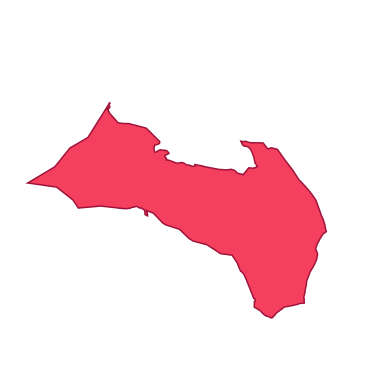 the district of "Nore og Uvdal" nor, Buskerud, Norway, rotated 27°
{"feature_id": "86288312B66114336296766", "entity_name": "\"Nore og Uvdal\" nor", "entity_type": "district", "adm_level": 2, "iso_a3": "NOR", "parent_name": "Norway", "parent_adm1": "Buskerud", "projection": "albers", "projection_center": [8.39, 60.292], "detail": "fine", "context": "isolated", "style": "filled", "palette": "rose", "viewbox_px": 384, "rotation_deg": 27, "n_neighbors": 0, "source": "geoboundaries", "source_scale": "gbopen_adm2", "svg_char_len": 5359}
<svg xmlns="http://www.w3.org/2000/svg" viewBox="0 0 384 384"><g transform="rotate(27 192 192)"><path d="M321.6,157.1L317.0,153.4L316.6,152.9L312.3,148.8L306.2,143.1L299.8,139.6L293.1,136.6L291.3,135.9L281.5,132.4L271.8,126.8L260.1,121.2L248.7,115.2L242.8,116.5L239.8,119.2L233.2,116.0L230.1,117.4L229.9,117.5L223.1,120.9L220.9,121.8L218.8,122.2L216.5,122.5L215.3,123.7L212.4,124.5L213.5,125.4L214.6,126.3L216.5,127.4L216.8,127.3L217.7,127.4L218.1,127.3L218.7,127.1L219.6,126.7L220.0,126.5L220.9,126.5L222.3,126.6L223.5,126.9L224.8,127.5L226.3,128.5L227.5,129.4L230.3,131.9L232.2,134.1L234.2,136.6L234.6,137.1L234.8,137.3L235.1,137.5L238.6,139.6L236.9,142.2L236.6,142.3L236.2,142.4L236.0,142.5L235.6,143.2L235.2,143.5L234.3,143.6L233.6,143.8L232.2,144.5L231.7,144.6L231.2,146.3L230.8,148.7L229.8,152.5L230.1,153.1L229.7,153.2L228.2,153.6L227.7,153.7L227.0,153.9L224.0,154.6L220.3,153.4L216.8,153.9L213.1,156.4L211.1,157.4L209.2,158.1L206.5,159.4L191.8,163.7L189.5,164.1L187.9,164.5L182.1,166.3L182.9,167.8L180.9,168.8L179.2,169.2L178.4,169.1L174.6,170.3L171.4,169.9L168.6,170.8L167.4,172.1L164.9,173.3L157.3,174.1L157.1,174.2L156.9,174.2L156.4,174.5L155.9,174.7L155.7,174.6L155.6,174.8L155.2,175.0L155.2,174.9L154.8,175.0L154.6,174.7L154.3,174.6L154.2,174.5L154.1,174.1L154.1,173.9L153.4,173.3L153.2,173.2L152.8,173.1L152.7,173.2L152.6,173.3L151.9,173.0L151.7,172.8L151.1,172.1L151.1,171.9L151.2,171.7L152.8,169.9L152.9,169.6L153.0,169.4L153.6,168.6L153.9,168.1L153.9,167.9L153.6,167.7L153.2,167.6L152.1,167.1L150.8,166.7L150.5,166.7L150.3,166.7L149.7,166.8L149.3,167.3L149.0,167.3L148.4,167.3L148.0,167.4L147.7,167.5L147.3,167.9L147.0,168.0L146.9,168.1L146.7,168.2L146.3,168.4L145.5,168.5L145.2,168.6L144.9,168.6L144.6,168.9L144.4,169.0L144.0,169.3L143.7,170.0L143.3,170.5L143.1,170.7L142.5,171.4L142.4,171.5L142.2,171.9L142.2,172.1L142.2,172.3L142.1,172.5L141.9,172.7L141.8,172.9L141.7,173.0L141.1,173.3L140.8,173.3L139.9,172.5L138.9,171.4L138.2,170.4L138.3,169.7L137.5,167.9L137.6,167.0L139.3,165.7L141.0,163.5L140.3,161.7L122.3,155.9L104.7,159.7L99.3,162.3L94.7,163.9L82.5,159.1L82.2,158.8L82.1,158.6L81.9,158.4L81.6,158.2L81.2,157.9L80.9,157.8L80.7,157.8L80.6,157.5L80.4,157.5L80.2,157.4L80.2,157.0L80.1,156.8L80.1,156.7L79.8,156.6L79.7,156.5L79.3,156.7L79.2,156.7L79.3,156.6L79.2,156.4L78.8,156.5L78.7,156.4L78.8,156.2L78.7,156.1L78.6,155.9L78.8,155.6L78.7,155.4L79.0,155.3L79.5,155.4L79.9,155.2L80.1,154.9L80.2,154.6L80.2,154.4L80.2,153.8L80.1,153.6L80.1,153.4L79.8,153.3L79.8,153.1L79.8,152.9L79.6,152.8L79.4,152.8L78.8,152.5L78.6,152.2L78.4,152.0L78.3,151.8L78.3,151.6L78.5,151.3L78.5,151.1L78.5,150.8L78.6,150.7L78.5,150.4L78.5,150.1L78.4,150.1L78.5,150.0L78.4,149.9L78.4,149.7L78.2,149.5L78.2,149.4L74.5,190.7L63.3,208.1L58.3,231.9L41.5,258.6L69.1,249.1L89.7,253.2L98.0,257.9L117.0,246.0L132.8,240.0L133.9,239.7L140.8,236.9L142.9,235.3L143.0,235.3L143.4,235.3L143.6,235.1L143.8,234.9L144.0,234.6L144.5,234.2L144.7,233.8L144.8,233.6L145.3,233.1L145.5,233.0L145.7,232.6L146.7,232.2L146.9,232.0L146.9,231.8L147.2,231.7L147.4,231.4L147.9,231.0L148.0,231.0L148.1,230.9L148.1,230.7L148.4,230.4L148.7,230.0L148.9,229.9L150.8,230.0L151.1,230.1L152.1,230.0L152.5,230.1L152.8,229.9L153.1,229.8L153.1,229.6L153.3,229.5L153.5,229.4L153.8,229.3L154.0,229.3L154.4,229.4L154.5,229.3L154.8,229.4L154.9,229.5L155.1,229.4L155.4,229.5L155.8,229.5L156.1,229.5L156.3,229.5L157.1,229.5L157.5,229.6L158.0,230.1L158.4,230.5L158.9,230.7L159.0,231.0L159.4,231.6L159.5,231.9L159.6,232.1L159.8,232.3L160.0,232.7L160.0,232.9L160.4,233.2L160.4,233.4L163.2,233.6L163.3,233.5L163.0,233.1L162.8,232.4L162.4,232.0L162.1,231.8L162.0,231.7L161.9,231.5L161.7,231.3L161.8,231.2L161.7,231.1L161.6,230.9L161.5,230.6L161.2,230.3L160.6,230.0L160.5,229.7L160.4,229.7L160.2,229.5L159.8,229.2L167.1,228.4L172.4,230.2L180.2,233.0L183.9,233.2L197.6,230.9L210.4,234.8L215.3,235.2L227.4,232.6L228.1,232.4L229.0,232.2L238.7,233.2L245.4,234.0L256.4,230.1L264.4,234.6L264.8,235.0L269.9,239.4L271.5,240.6L272.9,240.6L274.8,241.5L275.5,241.7L280.0,245.3L293.8,257.4L294.6,258.1L295.2,258.6L295.3,258.8L295.6,258.8L296.0,258.7L296.1,258.8L296.5,258.9L296.5,259.0L296.8,259.1L297.0,259.2L297.5,259.5L297.6,259.8L297.5,260.1L297.6,260.4L297.6,260.6L297.7,260.9L297.7,261.0L297.5,261.3L297.4,261.3L297.3,261.5L297.8,261.9L298.3,263.4L299.4,265.6L299.7,266.3L307.0,266.8L308.8,267.6L312.0,268.6L314.1,268.8L315.8,268.5L317.3,268.2L319.4,268.3L320.0,268.1L320.2,267.9L320.2,267.7L320.4,267.3L320.4,266.9L320.8,267.0L320.8,266.9L321.0,266.1L321.0,265.9L321.1,265.7L321.2,265.1L321.3,265.0L321.4,264.7L321.6,264.5L321.8,264.0L321.8,263.9L321.6,263.3L322.9,259.8L323.6,258.7L323.8,258.2L326.5,252.6L330.6,249.4L332.7,247.8L337.5,243.8L337.7,243.7L337.8,243.4L337.9,243.1L338.1,242.9L338.5,242.4L339.8,241.7L341.3,240.7L341.7,240.4L341.9,240.4L342.5,240.0L342.3,239.6L341.6,238.6L341.2,238.0L340.8,236.7L340.5,236.3L339.6,235.3L339.3,234.9L338.5,231.0L337.6,228.6L335.9,222.5L335.7,222.0L335.6,221.9L335.6,221.7L334.6,219.5L334.2,215.9L333.9,212.3L333.7,211.0L333.6,210.3L333.5,209.9L334.0,202.7L334.0,201.9L334.0,201.3L333.8,197.5L333.5,194.5L333.0,193.8L332.4,190.9L331.5,189.6L330.1,188.3L328.0,186.6L327.2,181.4L327.3,177.5L327.2,176.7L327.8,169.9L329.7,166.3L329.3,166.1L328.7,165.3L328.2,164.7L324.8,160.4L324.0,159.7L322.5,158.1L321.6,157.1Z" fill="#f43f5e" stroke="#9f1239" stroke-width="1.5"/></g></svg>